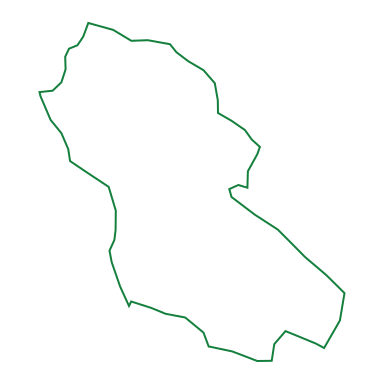 map outline of Cetinje (Natural Earth projection)
{"feature_id": "MNE-1500", "entity_name": "Cetinje", "entity_type": "Municipality", "adm_level": 1, "iso_a3": "MNE", "parent_name": "Montenegro", "parent_adm1": "", "projection": "natural_earth1", "projection_center": [18.874, 42.501], "detail": "fine", "context": "isolated", "style": "outline", "palette": "green", "viewbox_px": 384, "rotation_deg": 0, "n_neighbors": 0, "source": "natural_earth", "source_scale": "10m", "svg_char_len": 883}
<svg xmlns="http://www.w3.org/2000/svg" viewBox="0 0 384 384"><path d="M88.3,23.0L113.2,29.9L131.3,40.8L147.8,40.2L170.0,44.2L176.4,52.2L188.2,61.2L203.5,70.2L214.8,83.2L217.6,99.1L217.8,100.2L218.0,113.0L231.4,120.7L245.0,130.1L251.8,139.6L259.9,146.9L257.3,154.2L247.9,171.2L247.4,187.7L238.3,185.0L229.3,189.1L231.5,197.0L254.7,214.6L277.8,229.6L290.9,242.7L305.0,257.0L326.3,275.1L344.5,293.1L339.9,320.5L324.1,348.0L315.7,343.5L285.5,331.1L274.3,344.1L271.7,360.8L257.3,361.0L232.2,351.4L208.9,346.5L208.7,346.5L203.5,332.6L185.2,317.5L165.6,313.8L151.2,307.9L131.2,301.5L129.0,306.0L120.1,286.5L111.7,262.2L109.5,250.7L114.4,239.9L115.6,229.8L115.8,210.7L108.7,186.9L85.2,171.3L70.1,161.1L68.2,149.0L61.4,133.2L50.6,119.9L40.5,96.2L39.5,92.1L52.6,90.7L61.4,82.3L65.6,69.3L65.2,56.8L69.0,48.7L77.4,45.3L83.2,36.7L88.3,23.0Z" fill="none" stroke="#15803d" stroke-width="2"/></svg>